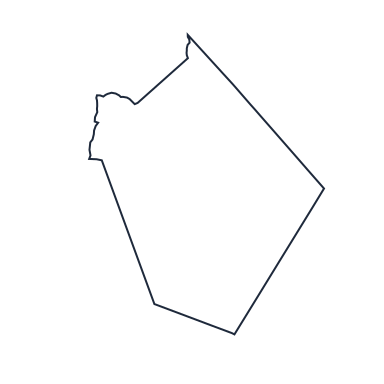 outline of Altos, Piauí, Brazil, rotated 139°
{"feature_id": "56859067B36301945264464", "entity_name": "Altos", "entity_type": "district", "adm_level": 2, "iso_a3": "BRA", "parent_name": "Brazil", "parent_adm1": "Piauí", "projection": "albers", "projection_center": [-42.484, -5.023], "detail": "fine", "context": "isolated", "style": "outline", "palette": "slate", "viewbox_px": 384, "rotation_deg": 139, "n_neighbors": 0, "source": "geoboundaries", "source_scale": "gbopen_adm2", "svg_char_len": 969}
<svg xmlns="http://www.w3.org/2000/svg" viewBox="0 0 384 384"><g transform="rotate(139 192 192)"><path d="M293.9,132.1L264.4,77.6L254.4,59.2L253.4,56.7L218.2,67.7L174.0,81.6L171.8,82.3L165.7,84.2L111.8,101.1L90.1,108.0L90.2,132.7L90.2,144.0L90.3,178.2L90.3,180.7L90.4,205.5L90.4,213.0L90.5,219.5L90.5,222.9L90.5,227.1L90.5,229.7L90.5,246.1L90.9,261.6L92.1,313.4L93.4,311.8L94.0,308.9L95.8,306.3L98.8,305.9L101.6,303.9L103.3,302.0L104.8,300.6L106.2,298.6L107.3,295.7L174.6,294.9L177.6,295.9L178.1,303.1L179.1,305.9L181.7,309.1L183.4,310.4L183.6,312.7L185.0,316.4L187.6,319.7L191.3,321.4L193.5,322.0L196.3,322.2L198.0,325.2L200.3,327.3L202.5,325.8L203.6,323.5L205.1,321.5L207.2,319.0L209.3,317.0L211.1,314.4L216.1,312.1L219.2,309.0L217.4,305.9L221.4,305.0L223.7,303.7L225.5,302.7L228.2,300.0L232.6,296.9L236.2,296.2L239.0,293.6L241.7,291.1L244.6,286.2L247.9,284.4L242.5,279.3L239.3,275.1L265.5,206.5L293.9,132.1Z" fill="none" stroke="#1e293b" stroke-width="2"/></g></svg>